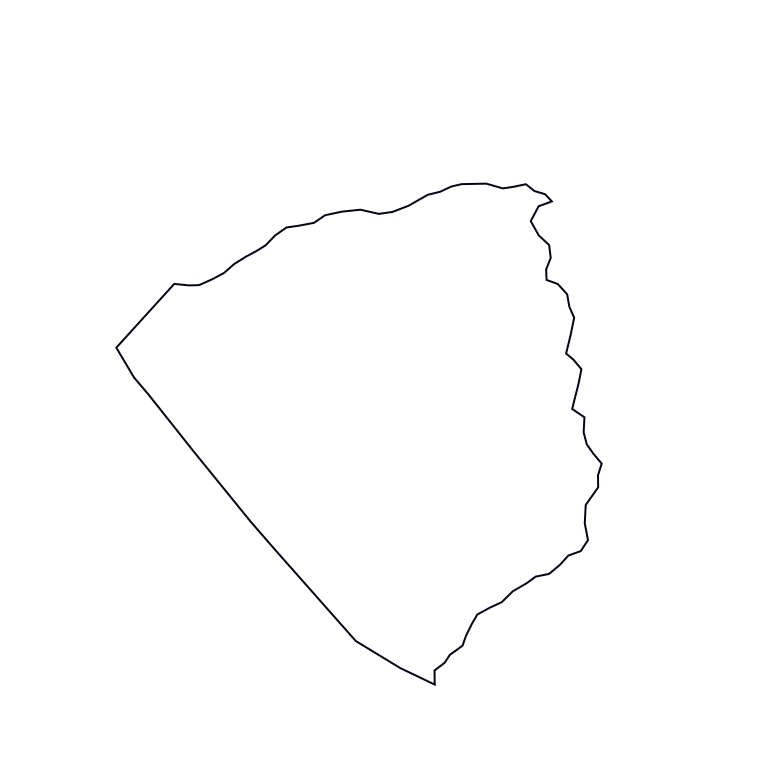 Cubati, Paraíba, Brazil (Mercator projection), rotated 118°
{"feature_id": "56859067B17679769535138", "entity_name": "Cubati", "entity_type": "district", "adm_level": 2, "iso_a3": "BRA", "parent_name": "Brazil", "parent_adm1": "Paraíba", "projection": "mercator", "projection_center": [-36.342, -6.865], "detail": "fine", "context": "isolated", "style": "outline", "palette": "ink", "viewbox_px": 768, "rotation_deg": 118, "n_neighbors": 0, "source": "geoboundaries", "source_scale": "gbopen_adm2", "svg_char_len": 1174}
<svg xmlns="http://www.w3.org/2000/svg" viewBox="0 0 768 768"><g transform="rotate(118 384 384)"><path d="M625.6,198.1L613.2,204.9L601.7,199.6L592.2,198.7L578.1,191.8L567.7,193.4L554.7,193.8L543.7,193.4L531.6,185.4L521.3,177.6L506.4,172.9L492.9,164.5L482.9,159.7L474.2,149.1L460.9,143.7L448.9,140.7L439.1,131.8L426.1,130.6L412.8,141.3L396.1,149.1L374.7,146.4L364.1,152.2L352.1,154.4L347.4,166.1L342.1,176.6L333.0,185.0L319.3,191.4L317.7,206.1L307.9,208.6L292.6,212.3L278.3,216.6L273.6,228.1L271.6,237.5L252.9,242.3L236.2,247.2L228.8,256.6L218.8,264.4L214.1,277.6L215.8,289.3L206.8,294.6L194.4,296.0L183.8,303.4L180.1,317.2L171.3,330.9L154.4,330.9L144.0,321.5L140.8,330.9L143.0,341.8L141.0,352.5L149.3,362.5L155.5,370.9L159.1,387.8L171.1,409.3L178.1,417.3L187.9,424.7L196.4,434.2L215.2,446.1L228.2,457.4L236.2,468.4L241.2,486.7L251.6,502.1L262.6,515.2L274.7,521.6L284.2,533.5L291.6,543.6L304.0,549.9L317.1,553.6L327.0,559.4L336.4,565.7L348.6,572.7L361.1,577.4L372.1,584.8L383.5,593.7L388.4,602.3L394.1,616.2L477.6,637.4L495.6,607.8L503.9,586.9L533.1,520.0L568.1,437.2L580.8,404.2L624.2,288.2L627.2,236.1L625.6,198.1Z" fill="none" stroke="#020617" stroke-width="2"/></g></svg>